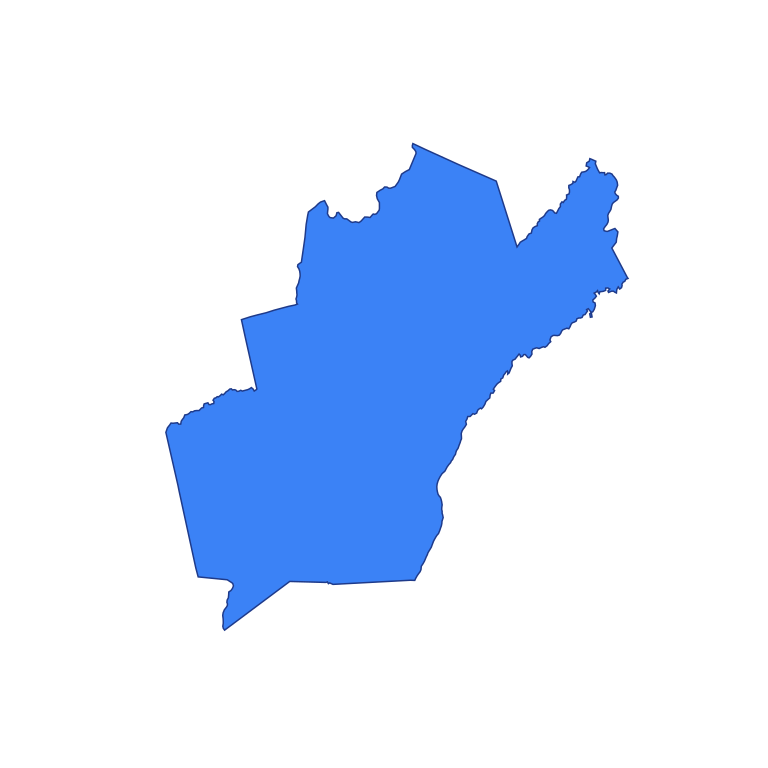 outline of Barra do Corda, Maranhão, Brazil, rotated 24°
{"feature_id": "56859067B55927222029578", "entity_name": "Barra do Corda", "entity_type": "district", "adm_level": 2, "iso_a3": "BRA", "parent_name": "Brazil", "parent_adm1": "Maranhão", "projection": "equal_earth", "projection_center": [-45.09, -5.51], "detail": "fine", "context": "isolated", "style": "filled", "palette": "blue", "viewbox_px": 768, "rotation_deg": 24, "n_neighbors": 0, "source": "geoboundaries", "source_scale": "gbopen_adm2", "svg_char_len": 6163}
<svg xmlns="http://www.w3.org/2000/svg" viewBox="0 0 768 768"><g transform="rotate(24 384 384)"><path d="M544.3,234.4L545.4,233.0L545.7,230.2L545.5,228.3L545.2,226.3L543.8,224.1L541.7,224.0L540.6,222.4L541.8,219.6L542.3,217.4L540.6,216.2L539.0,215.5L540.4,213.8L541.1,211.8L542.3,213.2L543.9,214.1L543.7,211.8L545.3,211.0L546.8,210.0L548.4,208.3L547.5,206.3L549.4,205.2L551.6,205.4L550.8,208.0L551.9,209.0L554.1,206.7L555.9,205.9L557.8,206.3L559.3,206.3L558.7,204.5L558.2,202.9L558.5,200.0L560.7,201.4L561.8,199.4L561.5,197.3L560.7,196.0L561.1,193.6L562.2,192.3L562.3,190.0L564.0,188.3L562.8,187.6L536.8,167.1L538.5,160.0L537.8,157.9L537.3,156.3L536.9,154.0L536.4,152.1L535.8,149.9L531.7,148.0L529.4,150.3L526.1,153.7L524.7,154.2L522.7,154.4L521.5,152.9L522.0,150.1L522.7,147.6L522.8,145.0L522.3,143.1L519.9,139.1L519.7,136.7L520.1,134.3L520.3,132.3L519.6,129.1L519.3,126.8L519.8,124.9L522.1,120.9L522.5,118.8L521.7,117.2L519.7,116.9L517.9,116.0L516.7,114.8L517.0,112.7L516.8,110.5L516.6,107.4L514.9,104.7L513.4,103.2L512.0,102.3L510.3,101.3L508.4,100.5L506.9,99.5L504.6,99.5L502.5,100.4L501.9,102.2L500.8,103.1L499.5,101.2L498.3,101.8L496.3,102.5L495.1,103.4L492.5,101.5L491.2,100.4L487.5,96.9L486.9,94.3L482.3,94.3L480.4,94.4L480.9,96.9L479.2,99.5L480.0,102.6L481.9,102.5L483.7,102.7L483.3,104.5L482.7,106.1L481.7,107.8L480.2,109.0L478.5,110.1L478.2,112.1L478.4,115.1L476.9,115.9L476.9,120.5L476.3,122.1L474.3,122.1L474.9,123.9L473.6,125.9L472.1,127.4L473.0,129.6L474.4,131.1L475.4,133.3L475.7,135.1L473.9,137.1L474.8,138.8L475.5,141.1L474.4,142.6L473.9,145.3L472.5,145.2L471.9,147.9L473.0,150.2L472.4,152.6L472.1,157.9L470.3,158.3L469.1,157.6L467.4,156.9L465.3,157.2L463.8,158.3L463.1,159.9L462.3,162.5L462.1,164.9L461.1,167.1L460.1,168.6L459.0,170.4L459.8,171.9L458.9,173.2L458.8,175.2L459.7,177.0L458.0,178.7L456.7,180.7L456.5,182.9L457.2,186.2L455.4,188.0L454.8,191.2L455.0,193.0L453.6,195.1L452.0,197.3L450.8,199.1L450.6,200.8L449.8,204.7L404.0,153.0L362.9,153.2L326.2,152.9L312.6,152.6L312.9,154.7L313.7,156.3L316.0,157.2L317.3,157.9L318.6,158.8L319.5,160.3L319.9,177.8L317.2,181.2L314.7,185.1L315.0,191.1L314.9,193.8L313.8,199.0L310.4,202.4L308.7,203.2L306.6,202.9L304.4,203.8L303.6,206.2L301.8,208.4L299.6,211.9L300.5,214.8L302.5,217.5L306.0,220.1L308.4,225.4L308.9,227.2L307.9,231.5L306.5,232.8L305.0,233.1L304.4,234.7L303.6,237.5L301.2,238.2L298.5,239.3L296.8,244.5L295.5,246.7L292.0,247.4L289.5,249.2L287.9,249.4L282.9,248.3L280.6,249.2L279.1,249.1L272.7,245.7L271.3,246.7L271.8,249.8L270.3,253.0L267.1,253.9L265.6,253.4L263.1,251.5L262.2,248.9L261.7,247.2L260.8,245.2L259.4,244.2L255.1,240.7L252.0,243.6L250.6,246.2L249.2,250.0L245.0,257.6L245.7,261.0L248.0,269.9L252.2,282.3L255.1,292.5L259.0,306.4L258.0,307.9L256.8,310.0L257.3,312.0L259.3,313.3L261.1,315.2L262.4,317.3L263.5,319.5L264.0,321.7L264.4,324.2L264.9,326.4L264.9,332.0L266.4,334.5L267.2,336.1L268.3,338.0L268.8,340.1L269.0,342.1L270.2,343.5L271.2,345.5L272.4,346.2L270.5,348.1L265.2,351.9L253.7,361.2L247.3,366.9L240.2,372.4L234.5,377.0L227.6,383.2L237.5,396.7L269.9,440.3L269.3,441.8L268.3,443.2L266.6,441.9L264.3,441.2L263.2,443.0L261.8,444.6L257.4,448.1L255.7,448.0L254.3,449.7L252.8,450.5L251.0,449.8L249.5,450.1L247.9,451.1L246.5,450.5L245.2,451.3L244.2,453.6L242.9,455.4L242.3,457.5L241.5,459.3L239.8,459.3L239.1,461.2L238.0,463.1L236.8,463.4L235.9,465.2L234.8,466.0L234.4,468.4L235.8,469.1L236.4,471.1L234.9,472.1L233.9,473.4L232.5,474.0L230.8,472.8L229.2,474.1L227.8,475.3L228.0,477.1L228.7,478.9L227.1,480.1L225.9,483.4L223.4,484.6L221.9,485.5L220.6,487.2L218.9,487.8L217.9,490.2L216.8,491.8L214.6,493.3L214.8,496.2L214.2,498.6L213.9,500.5L214.6,503.3L212.8,504.2L211.1,503.4L209.2,504.5L207.2,505.7L205.3,506.3L204.9,508.6L204.4,510.4L204.0,512.2L204.4,516.9L237.0,560.4L240.4,565.2L286.9,628.6L292.7,635.8L320.4,626.6L325.7,627.4L327.0,627.8L328.6,629.7L328.7,632.4L328.2,634.9L326.8,637.1L327.8,639.7L328.8,642.6L328.6,645.2L329.3,647.4L330.5,648.6L331.0,650.2L330.8,652.0L330.0,655.2L330.1,658.4L330.8,661.0L332.6,664.0L333.6,666.0L334.5,668.0L335.3,670.9L336.6,672.6L338.5,673.7L378.2,602.7L411.6,588.9L412.8,587.8L414.4,589.0L415.3,587.8L418.9,587.8L487.8,552.6L492.0,550.9L492.0,548.7L492.3,545.5L492.7,543.4L493.3,540.9L493.3,538.6L492.2,535.3L492.7,532.5L493.0,529.4L492.9,524.6L493.0,522.3L492.8,520.3L493.6,513.9L493.4,511.1L493.2,507.7L493.3,505.7L493.6,502.6L493.9,500.7L494.6,498.5L494.5,495.1L494.2,492.1L494.1,490.3L493.6,488.0L492.8,485.8L492.4,482.0L490.8,479.7L489.7,478.5L488.8,476.5L487.7,475.1L486.9,473.0L486.3,470.8L484.5,468.0L483.1,466.2L481.6,464.6L479.8,463.8L478.2,462.7L476.6,460.7L475.3,458.8L474.0,456.3L473.2,453.7L472.8,450.7L472.8,448.1L473.0,445.4L473.5,442.3L475.1,438.8L475.4,434.2L476.0,431.2L476.8,428.8L476.8,426.8L477.4,425.1L477.3,423.0L477.5,421.0L477.9,419.3L477.5,417.3L477.3,415.4L477.8,412.5L477.5,409.2L477.4,406.6L477.1,404.5L477.1,402.6L476.4,401.1L474.7,397.8L474.4,395.0L474.7,392.7L475.2,390.9L475.7,387.4L473.8,384.9L474.1,382.2L473.7,379.7L475.9,378.6L477.3,374.9L479.0,374.8L480.5,372.8L480.3,370.9L480.5,369.0L481.9,366.8L483.2,367.0L484.0,364.7L484.4,361.4L484.2,358.5L485.4,355.6L486.3,353.7L485.5,351.1L485.3,348.9L487.4,347.9L487.7,345.0L486.0,344.3L486.3,342.3L486.8,339.9L487.3,338.0L488.1,336.3L489.5,334.1L488.7,332.0L490.0,330.1L489.7,327.3L490.3,325.1L490.6,323.3L491.4,321.9L492.4,322.9L493.0,324.6L493.8,323.0L493.6,318.3L493.8,315.2L492.6,313.3L491.7,311.3L492.2,309.5L493.6,308.1L495.2,301.7L496.7,302.3L497.8,303.7L499.3,302.4L499.7,300.3L501.1,299.6L502.6,300.3L504.5,301.2L505.9,301.1L506.6,299.3L507.0,296.5L505.8,294.3L505.7,291.8L507.5,289.9L508.8,288.8L511.3,288.5L513.2,286.3L514.7,285.0L516.1,285.0L517.4,282.8L518.0,280.0L519.1,277.5L517.7,276.3L517.4,273.1L518.6,271.0L519.8,270.3L522.9,269.2L524.3,268.0L524.8,265.9L524.8,263.8L525.1,262.0L526.5,260.5L528.4,258.6L530.4,258.4L530.7,256.0L530.6,253.5L531.1,251.5L532.8,249.9L534.0,248.3L533.7,245.9L535.2,244.4L536.5,243.9L537.9,242.6L538.0,239.9L539.4,238.8L540.2,234.6L538.8,233.6L540.0,232.1L541.7,233.0L544.3,234.4ZM544.3,234.4L543.4,236.2L545.4,239.1L546.8,238.1L544.3,234.4Z" fill="#3b82f6" stroke="#1e3a8a" stroke-width="1.5"/></g></svg>